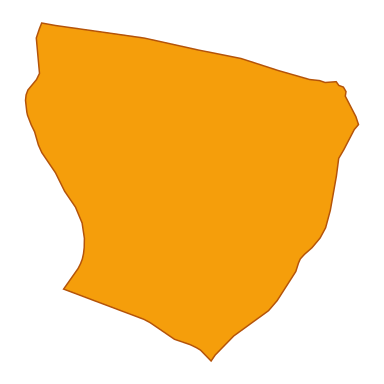 outline of Marowijne
{"feature_id": "SUR-67", "entity_name": "Marowijne", "entity_type": "District", "adm_level": 1, "iso_a3": "SUR", "parent_name": "Suriname", "parent_adm1": "", "projection": "albers", "projection_center": [-54.373, 5.594], "detail": "fine", "context": "isolated", "style": "filled", "palette": "amber", "viewbox_px": 384, "rotation_deg": 0, "n_neighbors": 0, "source": "natural_earth", "source_scale": "10m", "svg_char_len": 866}
<svg xmlns="http://www.w3.org/2000/svg" viewBox="0 0 384 384"><path d="M277.1,300.7L268.5,310.7L233.8,335.9L215.2,355.0L211.1,361.0L210.9,360.8L200.5,350.1L196.5,347.7L190.3,344.7L174.5,339.3L149.9,322.5L143.8,319.3L63.6,289.1L78.1,268.5L80.5,263.8L82.3,259.1L83.5,253.7L84.2,247.7L84.4,238.3L82.1,223.0L75.5,207.2L64.6,191.2L55.5,172.8L41.8,152.6L38.4,145.0L34.6,131.8L31.2,124.8L27.5,115.2L26.8,111.9L25.5,100.4L26.1,94.9L27.9,90.0L36.5,79.6L39.5,73.4L36.3,38.0L39.5,28.5L41.7,23.0L55.5,25.5L144.4,38.1L198.7,50.1L241.0,58.5L277.8,70.4L309.5,79.5L319.6,80.6L325.1,82.5L336.2,81.7L338.8,85.4L343.4,87.1L346.0,91.6L345.3,96.2L355.9,116.7L358.5,124.6L354.3,129.5L343.8,149.7L338.7,158.4L336.4,176.1L330.3,210.4L325.6,227.8L320.1,238.0L312.0,247.7L304.4,254.4L300.3,258.9L298.5,263.0L295.8,271.5L277.1,300.7Z" fill="#f59e0b" stroke="#b45309" stroke-width="1.5"/></svg>